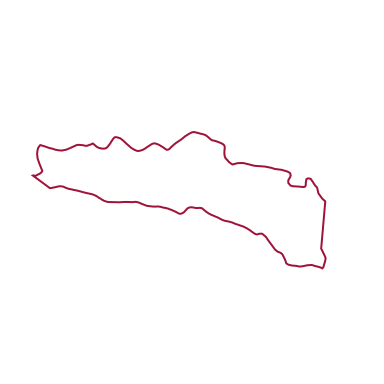 the district of Morne Vert, Laborie, Saint Lucia, rotated 306°
{"feature_id": "8701671B8981340817709", "entity_name": "Morne Vert", "entity_type": "district", "adm_level": 2, "iso_a3": "LCA", "parent_name": "Saint Lucia", "parent_adm1": "Laborie", "projection": "mercator", "projection_center": [-60.976, 13.779], "detail": "fine", "context": "isolated", "style": "outline", "palette": "rose", "viewbox_px": 384, "rotation_deg": 306, "n_neighbors": 0, "source": "geoboundaries", "source_scale": "gbopen_adm2", "svg_char_len": 5679}
<svg xmlns="http://www.w3.org/2000/svg" viewBox="0 0 384 384"><g transform="rotate(306 192 192)"><path d="M262.8,305.3L262.8,304.9L263.2,301.3L265.2,295.1L269.1,290.6L269.8,287.2L271.1,284.0L272.4,280.2L271.3,277.9L269.6,277.0L266.3,278.7L264.1,280.2L262.5,280.2L261.5,279.2L259.2,275.3L256.0,270.3L255.1,267.9L256.0,264.5L258.1,263.0L261.9,262.6L263.6,262.0L264.9,260.3L264.7,257.3L262.8,252.0L262.7,251.6L259.3,245.4L258.2,242.0L255.8,236.8L255.7,236.5L249.8,226.9L247.8,221.8L245.6,216.5L242.3,212.1L238.6,209.0L238.0,208.5L238.0,208.1L237.9,206.3L238.0,205.9L238.0,204.8L238.0,204.1L238.2,203.3L238.4,202.8L238.6,201.7L238.7,201.1L238.9,200.1L239.2,198.9L239.7,198.2L239.8,198.1L240.3,197.3L241.1,196.5L241.8,195.9L242.2,195.6L242.5,195.3L243.0,195.0L243.8,194.4L244.0,194.3L244.3,194.1L245.1,193.6L245.5,193.4L245.8,193.2L246.9,192.6L247.1,192.4L248.2,191.5L248.6,190.8L248.9,189.6L248.9,189.3L248.8,189.1L248.8,188.2L248.7,187.3L248.4,185.9L247.8,183.6L247.5,182.5L247.4,182.1L247.2,181.6L247.0,181.1L246.6,179.8L246.0,178.7L245.7,178.0L245.6,176.6L245.7,174.6L245.9,172.9L245.9,172.2L245.9,171.9L245.9,171.6L246.0,171.0L246.0,170.5L246.0,170.0L245.9,169.5L245.8,168.8L245.6,168.2L245.1,166.7L244.7,165.7L244.2,164.7L243.7,163.3L243.2,161.9L242.7,160.8L242.6,160.6L242.2,159.6L242.0,158.8L241.5,158.3L241.3,157.9L240.6,157.2L239.5,156.5L238.1,155.8L236.6,155.1L234.8,154.4L233.1,153.7L230.3,153.0L227.6,152.2L225.4,151.4L222.2,150.2L220.8,149.8L220.2,149.7L217.8,149.1L217.3,149.0L216.8,148.9L215.0,148.6L214.3,148.5L213.8,148.5L212.9,148.2L212.4,147.8L211.9,147.4L211.4,146.8L211.3,146.6L211.2,146.2L211.1,145.6L211.2,144.6L211.2,144.3L211.2,142.7L211.1,142.3L211.1,141.5L211.0,140.2L210.9,139.1L210.7,137.4L210.6,136.7L210.1,135.0L209.8,134.1L209.6,133.6L209.3,133.2L209.1,132.8L208.5,132.2L207.7,131.6L207.1,131.3L206.6,131.1L205.1,130.5L203.3,129.8L201.1,129.0L199.9,128.6L197.8,127.7L197.0,127.3L196.5,127.0L195.3,126.0L194.4,125.3L193.8,124.6L193.2,123.8L193.1,123.6L192.8,122.9L192.6,121.9L192.3,120.5L192.2,119.7L192.2,119.4L192.1,118.6L192.1,118.3L192.0,117.0L192.1,115.3L192.3,113.5L192.4,112.1L192.5,111.1L192.9,107.9L193.1,106.4L193.2,105.2L193.2,104.1L193.3,102.7L193.2,102.2L192.7,100.7L192.5,100.1L192.0,98.8L191.2,97.7L190.6,97.2L190.1,97.1L189.2,97.0L187.7,97.0L185.6,97.1L185.4,97.1L183.1,97.3L179.5,97.2L178.7,97.2L177.8,97.0L177.1,96.7L176.6,96.4L175.7,95.7L175.4,95.3L175.0,94.8L174.5,94.1L174.3,93.8L174.0,93.3L173.7,92.6L173.6,92.2L173.2,91.4L172.9,90.4L172.8,90.1L172.7,89.7L172.6,88.5L172.6,88.1L172.6,87.6L172.7,87.1L172.7,86.8L172.8,85.7L172.9,85.0L172.9,84.5L172.9,83.5L172.9,83.2L172.1,82.8L171.3,82.4L167.7,79.9L167.5,79.6L167.0,79.1L166.8,78.7L165.6,76.0L165.4,75.6L164.6,74.4L163.2,72.1L162.5,71.4L161.8,70.9L155.4,67.3L154.0,66.4L152.2,65.3L151.4,64.5L150.8,63.9L149.3,62.7L149.0,62.2L147.6,60.1L145.9,56.5L144.8,53.1L143.8,51.0L142.3,45.9L140.8,41.7L140.6,41.6L137.5,41.6L134.9,42.5L131.9,44.2L128.6,47.1L125.6,51.3L121.1,58.5L119.8,58.7L117.6,58.2L113.0,55.8L112.2,53.9L111.8,53.6L111.6,74.7L111.7,75.0L112.9,76.2L114.1,77.2L114.9,78.0L115.8,78.8L116.1,79.0L116.9,79.7L117.2,80.0L117.9,80.6L118.4,81.0L118.9,81.6L119.4,82.3L119.7,82.9L120.1,83.6L120.6,84.5L120.9,85.6L121.0,86.3L121.2,87.5L121.4,88.0L121.6,88.7L121.9,89.7L122.1,90.4L122.5,91.2L122.7,91.7L123.1,92.5L123.6,93.6L123.9,94.5L124.8,96.4L125.7,98.4L126.6,100.7L127.4,102.8L128.0,104.4L128.4,105.4L128.8,106.3L129.3,107.6L129.9,108.9L130.7,110.7L131.3,112.1L131.7,113.2L132.0,114.3L132.2,115.3L132.5,116.4L132.5,117.2L132.6,118.0L132.6,119.9L132.9,122.1L132.9,123.8L133.1,125.1L133.2,126.1L133.4,126.6L133.7,127.7L134.0,128.6L134.3,129.3L134.7,130.1L135.4,131.2L137.6,134.4L139.6,137.2L140.3,138.3L140.7,139.0L141.4,139.8L142.5,141.1L143.4,142.2L144.2,143.2L144.9,144.1L145.8,145.4L146.4,146.2L147.3,147.6L148.3,149.1L149.1,150.2L150.1,151.2L150.7,151.9L151.2,152.7L151.6,153.6L151.8,154.1L152.1,154.9L152.3,155.6L152.5,156.4L152.7,157.6L153.5,160.6L153.9,162.2L154.2,163.3L154.7,164.5L155.4,165.6L155.8,166.4L156.4,167.4L156.9,168.4L157.7,169.5L158.3,170.5L159.2,171.6L159.6,172.1L160.4,173.1L160.7,173.7L161.3,174.8L161.7,175.7L162.1,176.9L162.6,178.1L163.4,179.7L163.7,180.4L164.2,181.7L164.6,182.6L164.7,183.4L165.0,184.6L165.4,185.5L165.8,187.6L166.1,188.8L166.3,190.0L166.5,191.3L166.7,192.6L166.8,193.7L167.2,194.9L167.8,195.7L168.4,196.2L168.6,196.3L169.2,196.7L171.1,197.4L173.7,197.7L175.0,197.8L175.9,198.0L176.9,198.3L177.4,198.6L178.1,199.2L178.9,200.0L179.5,200.8L180.0,201.8L180.5,202.7L180.9,203.7L181.4,204.6L182.0,205.6L182.3,206.0L182.7,206.4L183.3,207.0L184.1,208.2L184.6,209.2L184.7,210.4L184.6,211.6L184.5,212.9L184.4,215.0L184.4,217.1L184.5,218.4L184.8,220.3L184.9,221.2L185.4,222.9L185.9,225.4L186.6,228.2L186.8,229.8L187.1,231.9L187.3,233.2L188.1,235.7L188.7,237.0L189.8,239.3L191.0,242.6L191.6,245.4L192.1,247.0L192.5,248.1L193.0,250.0L193.4,251.2L194.0,253.1L194.3,254.1L194.5,255.7L194.7,256.6L194.9,258.1L195.0,260.0L195.1,261.3L195.0,263.4L195.1,264.7L195.1,266.7L195.3,268.1L195.6,269.1L196.5,270.1L197.4,270.6L198.3,271.6L198.9,272.5L199.2,272.8L199.5,273.4L199.1,278.3L198.5,279.8L197.2,283.6L195.7,288.5L194.3,292.8L194.0,296.0L194.6,298.2L194.9,300.0L194.7,301.6L194.0,303.2L191.8,307.3L189.7,310.2L189.9,312.9L190.8,314.9L191.1,315.9L191.8,316.9L193.9,320.5L194.4,321.9L195.1,323.1L196.4,324.6L198.1,326.2L200.7,328.5L201.2,329.2L203.0,331.3L203.7,332.6L204.4,335.0L205.5,337.5L206.5,340.4L206.8,342.3L207.9,342.4L208.5,342.4L209.9,341.9L211.9,341.2L213.9,340.5L215.2,339.9L216.4,339.3L217.2,338.8L217.8,337.9L218.7,336.3L219.6,334.6L220.5,332.9L221.2,331.6L222.1,329.8L262.8,305.3Z" fill="none" stroke="#9f1239" stroke-width="2"/></g></svg>